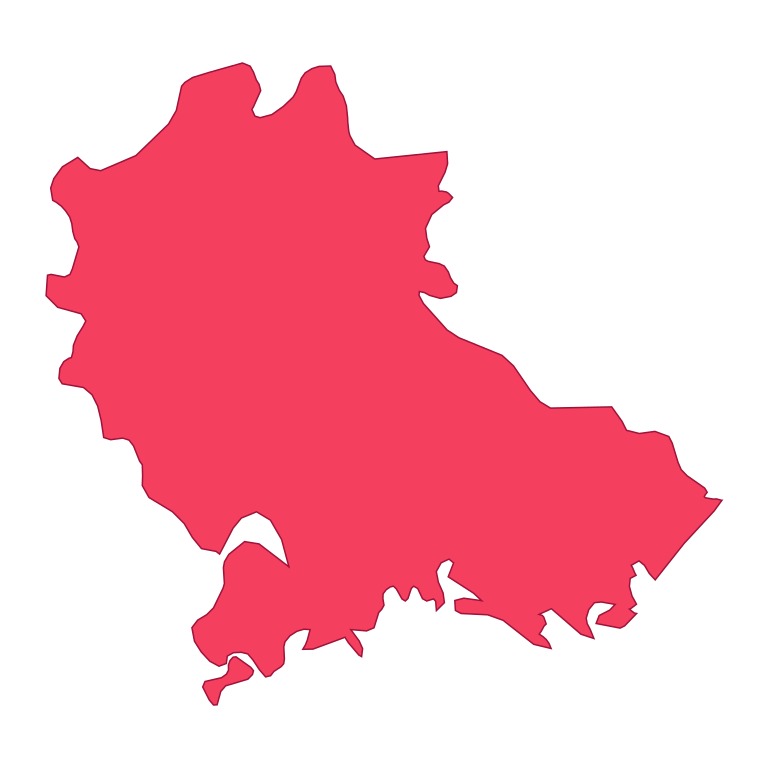 an SVG outline of Kymenlaakso
{"feature_id": "FIN-3187", "entity_name": "Kymenlaakso", "entity_type": "Province", "adm_level": 1, "iso_a3": "FIN", "parent_name": "Finland", "parent_adm1": "", "projection": "orthographic", "projection_center": [26.947, 60.833], "detail": "fine", "context": "isolated", "style": "filled", "palette": "rose", "viewbox_px": 768, "rotation_deg": 0, "n_neighbors": 0, "source": "natural_earth", "source_scale": "10m", "svg_char_len": 3735}
<svg xmlns="http://www.w3.org/2000/svg" viewBox="0 0 768 768"><path d="M721.9,500.3L714.2,510.9L684.2,543.3L655.2,579.9L649.3,573.5L644.5,565.4L639.0,560.9L631.2,565.3L632.5,567.5L634.8,573.0L636.1,575.3L630.2,578.4L629.4,586.4L632.0,596.0L636.5,604.2L631.3,608.2L629.4,609.1L634.2,613.0L636.6,613.5L624.6,625.9L620.1,628.1L596.1,623.5L599.2,615.5L609.9,610.0L615.1,604.4L601.2,602.0L594.4,602.7L588.8,609.6L586.2,618.2L587.2,623.7L590.2,629.4L593.9,638.5L580.9,634.2L551.4,608.7L539.0,614.4L542.4,615.5L543.8,617.2L546.2,624.0L544.1,626.0L541.1,631.5L539.2,634.1L543.0,636.6L546.3,639.6L549.0,643.4L551.1,648.5L533.7,644.3L503.1,620.3L487.7,614.8L461.1,613.5L455.4,610.5L454.8,600.5L463.8,598.2L481.7,600.7L473.6,593.2L448.2,576.8L453.6,562.9L449.0,559.1L441.1,562.8L436.3,571.6L438.4,582.3L443.1,593.0L444.4,602.7L436.4,610.6L435.7,601.4L433.6,598.9L426.7,601.0L422.5,598.7L417.7,588.5L413.7,586.2L411.3,588.4L407.9,598.6L405.3,601.0L402.0,599.0L396.4,589.0L393.5,586.2L390.3,586.9L386.2,589.7L383.1,593.8L382.9,598.5L384.0,605.2L381.8,609.2L378.7,612.6L374.0,627.8L366.6,630.9L350.8,629.6L359.2,641.0L362.6,648.6L361.6,656.6L358.8,655.0L348.3,642.6L345.0,637.3L313.0,649.1L302.8,649.3L305.4,644.9L307.3,640.1L310.1,629.6L304.0,629.2L296.9,631.3L290.0,635.7L285.0,641.8L283.8,646.8L284.4,659.0L283.7,663.7L281.2,666.6L273.8,671.5L270.6,675.7L265.6,676.9L259.4,669.7L253.0,660.0L247.8,653.9L241.2,652.3L233.4,652.7L227.3,656.1L226.3,663.5L219.0,666.2L209.9,661.3L201.2,651.9L194.5,641.3L191.9,627.7L197.7,620.1L206.7,614.7L213.5,607.9L223.0,588.3L224.4,583.6L223.4,567.6L224.5,561.7L228.8,554.4L244.6,541.6L259.0,543.9L288.9,566.8L281.6,539.5L270.4,520.1L256.5,511.8L241.4,518.0L233.1,528.1L219.6,554.1L216.1,551.4L201.5,548.6L192.4,537.5L184.2,523.5L172.4,511.7L149.0,497.5L142.3,485.6L142.6,475.8L142.3,464.8L139.6,461.1L133.5,445.8L129.0,440.1L122.8,438.1L110.7,439.7L103.7,437.5L101.2,420.6L97.7,406.1L92.1,394.8L83.5,387.5L62.2,383.8L58.9,378.5L59.9,368.3L63.8,361.6L69.0,358.2L71.4,357.6L73.0,351.7L73.4,345.3L77.2,335.8L83.0,326.5L85.8,321.0L81.2,313.8L57.7,307.3L46.1,295.7L47.5,275.2L51.0,274.4L64.5,277.0L70.0,274.4L72.4,268.8L78.9,246.8L77.0,241.8L74.8,238.7L72.8,231.4L71.8,223.6L69.7,217.0L65.7,211.0L61.3,206.1L56.0,202.1L52.7,200.3L50.7,188.0L53.8,178.6L62.4,166.8L77.8,157.4L90.1,168.6L100.7,170.7L135.9,155.6L168.5,124.1L176.3,110.5L181.6,86.2L184.9,82.4L192.6,77.5L209.5,72.3L242.5,63.0L250.2,66.2L253.6,72.4L256.4,80.1L259.1,84.4L260.7,90.6L253.5,106.7L251.9,109.4L254.9,116.1L260.1,117.7L271.8,114.6L283.4,106.4L293.1,97.1L296.2,91.8L301.3,78.2L305.2,72.8L311.8,68.7L319.0,66.4L330.7,66.0L334.8,74.4L335.8,82.0L339.2,90.1L343.2,96.2L346.4,105.9L347.6,117.5L347.8,122.3L348.8,131.5L349.9,135.6L355.0,145.1L374.8,159.0L446.9,151.6L447.6,163.8L445.1,172.1L438.3,185.8L439.0,191.3L441.8,191.1L446.5,192.0L448.5,193.3L452.6,197.5L449.0,202.1L443.5,204.9L431.8,214.5L425.5,228.3L426.8,238.3L429.5,246.8L423.9,256.3L425.3,259.8L428.0,261.3L439.4,263.7L444.3,266.1L448.3,271.9L450.5,277.8L453.8,283.2L457.4,285.7L456.4,292.6L451.1,296.3L440.4,298.4L429.6,295.4L424.5,292.6L419.4,291.5L419.0,295.3L423.4,303.5L447.1,330.0L459.0,337.8L502.1,355.4L513.5,365.9L530.3,390.4L539.9,401.7L550.5,408.1L611.7,406.9L622.1,421.5L626.5,430.3L639.4,433.5L654.9,431.4L668.8,436.5L672.2,443.1L678.0,462.3L681.2,469.7L687.0,475.7L704.7,488.1L707.2,492.3L705.7,494.2L704.7,495.7L704.3,496.7L705.4,497.8L713.4,499.1L716.5,498.9L721.6,500.3L721.9,500.3ZM236.0,656.8L250.6,667.2L253.5,670.7L252.5,674.5L247.9,679.2L225.7,685.8L220.8,691.4L217.1,704.8L213.5,705.0L209.3,700.0L202.7,687.0L205.0,681.5L221.5,677.7L226.4,674.2L228.5,670.2L228.4,665.1L230.0,660.6L233.0,657.2L236.0,656.8Z" fill="#f43f5e" stroke="#9f1239" stroke-width="1.5"/></svg>